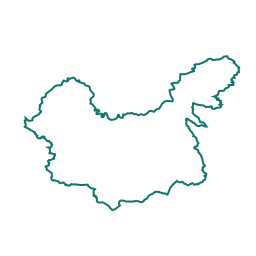 the district of Krong No, Đắk Nông, Vietnam, rotated 277°
{"feature_id": "81297802B95536504011076", "entity_name": "Krong No", "entity_type": "district", "adm_level": 2, "iso_a3": "VNM", "parent_name": "Vietnam", "parent_adm1": "Đắk Nông", "projection": "equal_earth", "projection_center": [107.904, 12.369], "detail": "fine", "context": "isolated", "style": "outline", "palette": "teal", "viewbox_px": 256, "rotation_deg": 277, "n_neighbors": 0, "source": "geoboundaries", "source_scale": "gbopen_adm2", "svg_char_len": 5823}
<svg xmlns="http://www.w3.org/2000/svg" viewBox="0 0 256 256"><g transform="rotate(277 128 128)"><path d="M116.0,27.1L115.0,30.0L114.2,31.2L113.2,34.1L112.6,34.8L112.4,36.2L111.0,36.2L110.6,37.6L109.6,37.9L109.2,39.0L108.3,38.6L106.8,40.1L107.1,42.5L107.4,42.9L108.2,42.9L109.0,43.9L109.3,45.7L108.9,46.0L108.3,45.0L108.0,45.0L108.0,46.2L105.1,49.6L105.6,51.1L104.1,52.4L103.8,53.8L102.4,54.0L102.1,54.7L99.9,54.1L99.5,53.5L98.9,51.2L98.4,52.5L97.5,53.1L95.0,53.4L93.4,53.1L93.2,53.5L93.8,54.1L93.7,55.0L93.0,56.8L93.1,58.7L92.5,59.0L89.6,57.9L88.9,58.4L88.4,58.3L88.1,57.0L86.7,55.2L86.6,53.5L85.7,52.7L85.0,52.8L83.8,54.2L82.7,53.6L81.8,54.1L81.0,53.6L80.3,51.6L79.6,51.0L78.2,52.3L76.9,52.3L76.5,52.6L76.0,54.2L73.9,57.8L70.2,58.5L69.7,57.9L69.3,57.8L67.8,58.4L67.1,59.0L66.8,59.8L67.1,60.5L66.8,60.8L67.1,61.5L66.6,64.7L66.4,65.7L65.3,66.3L64.9,67.2L65.1,68.4L66.1,70.4L65.0,72.1L63.8,72.9L64.2,74.1L63.7,74.6L63.5,75.6L64.1,77.2L64.0,77.7L65.4,78.4L65.3,80.0L65.7,83.2L65.6,87.9L66.1,91.2L66.8,94.0L66.7,94.9L65.7,95.5L63.6,98.7L63.5,99.3L63.7,100.9L63.2,102.7L62.2,101.9L61.2,101.6L58.4,101.8L57.4,102.8L56.5,102.3L56.1,105.0L55.8,105.1L55.2,104.6L54.2,105.8L52.1,105.9L51.0,106.5L50.5,107.4L50.5,108.5L51.1,111.7L50.9,112.9L48.1,118.7L46.4,120.1L44.7,122.5L45.8,125.1L50.2,129.4L50.8,128.8L52.3,128.2L53.6,128.3L55.0,129.2L55.4,132.7L54.9,134.1L54.8,135.1L55.5,141.4L56.6,144.9L56.5,147.5L56.0,149.3L56.1,151.0L57.9,152.9L59.0,153.2L59.7,154.8L60.9,155.9L61.9,155.9L64.1,157.7L66.1,161.0L68.0,162.7L67.9,163.4L68.3,165.0L68.0,166.7L68.3,166.9L67.9,167.6L67.8,169.4L67.3,170.6L67.6,172.5L66.7,175.1L67.4,175.6L73.8,177.2L77.1,179.3L81.4,182.9L80.8,183.9L80.5,186.2L80.6,187.3L81.2,188.1L81.2,188.7L79.8,190.2L79.5,190.7L79.7,191.5L78.7,193.5L78.5,194.6L81.1,198.5L79.7,201.0L80.7,202.8L80.5,203.5L81.1,203.8L80.9,204.9L82.7,206.4L83.3,208.6L84.9,209.0L86.2,210.8L88.6,211.1L89.6,209.8L89.9,210.3L90.2,210.3L90.3,211.1L91.2,211.4L92.2,211.2L93.4,208.5L94.7,207.7L95.3,206.8L97.1,207.3L98.2,207.0L99.1,208.6L100.1,208.9L101.5,207.1L107.0,205.3L108.6,204.2L109.8,204.0L111.3,201.9L112.4,201.4L112.6,200.7L113.9,200.5L114.8,199.7L116.2,196.2L117.6,196.7L117.9,198.1L118.4,198.8L119.4,199.2L120.1,199.0L121.5,199.8L123.8,197.8L125.9,197.2L127.6,195.5L127.8,193.9L128.6,194.2L131.0,192.4L133.6,189.6L135.2,188.9L135.4,188.0L137.0,187.6L137.7,185.9L138.4,185.9L139.6,185.2L142.1,185.4L142.8,184.6L143.6,184.6L144.4,185.0L144.2,186.6L143.1,188.0L141.9,191.1L141.2,191.7L141.1,193.1L139.0,195.5L138.5,197.0L138.7,198.6L139.8,200.7L139.6,202.3L138.9,204.1L139.0,205.7L142.3,202.8L142.8,201.3L142.5,200.3L142.6,199.0L146.9,196.7L148.4,193.4L150.0,191.1L151.0,190.2L152.6,190.4L153.6,190.0L154.5,190.5L155.2,190.2L156.2,189.0L157.7,189.9L160.4,189.5L160.7,189.8L160.6,190.2L159.6,193.9L159.5,198.1L159.7,199.5L158.3,202.9L158.8,204.5L158.8,206.6L159.6,207.4L159.6,207.9L159.2,208.7L158.0,208.8L157.6,209.2L157.4,210.6L157.5,211.6L158.6,212.9L159.6,216.8L160.2,217.8L161.6,217.2L162.3,218.0L162.4,216.3L163.3,217.3L163.7,216.7L164.7,217.3L165.3,216.4L166.3,216.6L166.5,215.0L167.0,214.4L166.9,212.8L167.2,212.8L167.9,214.4L168.3,214.3L168.7,211.1L169.1,211.0L169.7,211.4L169.8,209.7L170.8,211.6L172.4,213.5L174.1,213.3L175.8,214.0L176.1,214.7L176.4,217.6L176.8,218.7L179.1,219.8L180.5,222.7L181.6,223.1L182.7,222.4L182.9,222.7L183.6,227.3L184.6,227.0L185.8,227.3L185.8,225.8L186.0,225.3L187.3,226.2L187.9,224.9L188.5,224.6L190.6,225.8L190.9,227.7L192.6,226.8L193.4,227.2L193.8,228.0L193.8,229.1L194.6,229.6L196.3,229.8L197.0,230.6L197.0,231.3L199.8,230.6L201.6,231.0L202.1,229.6L204.9,226.4L205.4,225.1L206.1,224.8L206.8,225.5L207.3,225.1L208.7,221.9L209.0,219.7L209.9,218.5L211.3,217.8L210.5,214.3L208.8,213.2L206.8,209.2L206.8,207.6L205.8,204.6L205.9,203.7L206.8,201.8L206.7,200.5L205.5,198.4L204.1,197.9L203.4,196.3L202.2,194.8L200.0,190.4L199.3,186.9L198.6,186.3L198.0,186.9L196.3,187.4L195.9,186.9L195.1,184.9L194.3,184.4L194.0,184.6L193.7,186.3L192.5,186.5L190.9,183.0L189.8,181.4L188.3,177.7L187.8,173.4L181.9,173.8L180.5,172.6L179.2,172.4L178.9,171.7L178.4,168.1L177.4,165.7L176.9,165.7L175.8,167.3L172.9,169.3L172.1,169.1L171.4,166.6L170.7,164.9L170.1,164.6L165.7,166.3L164.1,167.5L163.2,167.8L162.6,168.8L160.6,169.0L159.8,168.7L159.7,163.8L158.8,161.2L156.1,158.9L151.0,156.6L149.8,153.7L147.3,151.7L147.8,148.3L147.6,147.4L144.9,145.2L143.2,143.2L142.9,141.8L143.2,139.1L142.3,137.5L142.0,136.4L142.7,134.9L142.7,131.7L143.4,130.0L142.5,127.3L142.6,125.7L141.0,123.9L140.7,121.5L139.0,121.8L137.6,121.4L137.3,119.9L137.7,118.3L139.6,117.5L139.8,116.8L139.6,116.5L137.3,116.2L136.1,115.4L134.6,112.8L134.1,110.7L134.1,109.4L135.6,106.9L139.6,105.2L140.0,104.8L140.1,103.7L139.8,103.1L137.7,103.1L136.0,102.1L135.7,101.4L135.9,100.4L136.4,100.1L136.8,100.2L137.8,101.3L138.3,101.5L138.7,101.2L139.0,98.7L137.9,96.4L138.1,95.0L138.7,94.8L139.8,95.2L140.8,97.0L141.4,97.4L142.3,96.4L142.5,95.3L141.3,93.5L141.2,92.8L141.8,92.6L143.7,93.3L144.1,93.0L147.0,89.9L147.7,87.7L149.1,88.1L151.8,87.1L154.7,89.4L155.6,90.0L156.5,90.0L158.0,89.3L161.1,85.9L164.3,84.7L164.8,83.3L165.1,80.5L167.0,78.9L167.1,76.6L167.7,73.9L169.0,74.0L169.3,73.8L169.2,73.0L168.5,72.6L168.3,72.1L168.6,71.2L169.0,70.5L170.2,69.8L171.3,68.3L171.2,67.0L169.7,64.3L169.9,62.2L169.0,62.0L167.8,62.9L167.1,62.5L166.7,60.7L167.2,59.1L167.2,58.2L165.9,57.9L164.9,57.1L163.3,57.0L162.5,56.6L162.1,55.8L161.8,53.0L160.5,50.2L157.4,47.9L151.9,42.4L148.9,42.4L147.6,39.3L146.9,38.7L146.0,38.7L142.7,39.9L140.0,37.7L139.2,37.7L138.5,38.3L137.6,37.8L135.8,37.9L134.8,38.2L134.1,39.6L133.7,39.7L133.0,39.6L132.1,38.5L131.0,38.2L127.1,32.8L126.0,32.0L124.1,32.2L123.7,31.6L123.0,28.8L123.5,27.6L125.4,25.1L123.6,25.5L122.8,24.7L122.0,25.4L121.2,24.9L118.4,26.3L117.7,26.2L116.7,25.3L116.2,25.8L116.0,27.1Z" fill="none" stroke="#0f766e" stroke-width="2"/></g></svg>